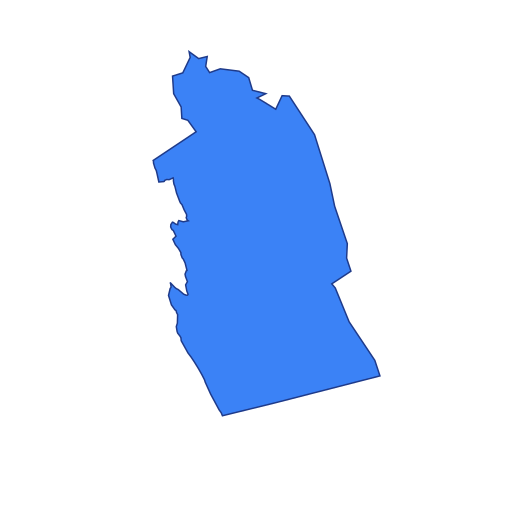 outline of Shenandoah, Virginia, United States of America, rotated 304°
{"feature_id": "52423323B4371856905255", "entity_name": "Shenandoah", "entity_type": "district", "adm_level": 2, "iso_a3": "USA", "parent_name": "United States of America", "parent_adm1": "Virginia", "projection": "albers", "projection_center": [-78.605, 38.853], "detail": "fine", "context": "isolated", "style": "filled", "palette": "blue", "viewbox_px": 512, "rotation_deg": 304, "n_neighbors": 0, "source": "geoboundaries", "source_scale": "gbopen_adm2", "svg_char_len": 1725}
<svg xmlns="http://www.w3.org/2000/svg" viewBox="0 0 512 512"><g transform="rotate(304 256 256)"><path d="M357.3,276.8L389.3,236.7L407.2,194.2L403.5,188.0L388.7,190.3L387.9,171.5L387.5,168.4L396.0,173.3L391.4,160.4L399.8,150.2L399.8,138.7L391.2,121.7L382.1,115.0L385.0,108.3L394.1,104.0L387.6,98.1L388.0,86.3L383.8,90.4L366.9,92.9L358.5,86.2L344.5,97.0L337.7,110.6L328.6,117.6L330.4,123.6L325.5,136.9L277.7,117.3L276.9,118.3L275.8,119.0L272.4,123.1L271.1,125.5L269.3,127.5L263.0,134.1L266.2,138.0L266.7,138.2L267.6,138.0L269.5,139.2L270.7,141.3L274.4,143.6L273.4,144.7L272.0,145.6L269.7,147.8L268.4,149.8L263.8,154.9L258.5,162.4L257.7,163.8L257.2,165.9L254.1,170.6L251.7,175.1L250.2,176.3L248.7,176.7L247.4,178.8L247.3,180.1L243.7,176.6L242.2,172.2L240.5,172.4L238.2,173.6L237.5,171.4L237.6,168.7L237.3,167.8L234.5,167.8L232.4,169.0L231.8,169.9L230.9,171.6L230.9,173.2L227.7,178.6L223.4,177.7L220.3,182.8L218.9,187.5L216.8,191.8L215.2,193.0L213.2,195.8L212.8,197.4L210.6,201.1L205.4,206.9L204.8,206.5L201.3,207.3L199.6,209.0L196.4,213.5L192.7,213.8L188.3,218.2L186.4,220.9L185.9,221.2L185.1,221.0L184.5,220.1L183.9,217.4L184.7,210.3L184.5,209.0L184.5,208.7L184.4,207.9L184.6,206.1L186.0,199.6L185.2,200.8L183.1,202.7L182.3,203.1L181.1,203.0L174.4,205.5L168.2,213.2L166.0,219.0L166.1,220.2L164.6,221.9L163.6,223.8L156.3,228.4L152.9,229.4L149.3,232.8L148.2,234.3L147.1,237.7L146.3,239.4L143.9,241.4L137.5,254.0L136.0,258.5L133.8,263.9L130.5,271.2L127.3,277.6L124.6,282.5L123.0,284.5L116.1,295.7L107.8,311.5L106.6,314.8L104.8,317.5L144.7,353.7L225.9,425.8L235.9,412.9L253.5,370.0L273.8,339.6L275.3,334.4L296.5,343.2L304.9,332.3L317.3,324.8L341.2,293.4L357.3,276.8Z" fill="#3b82f6" stroke="#1e3a8a" stroke-width="1.5"/></g></svg>